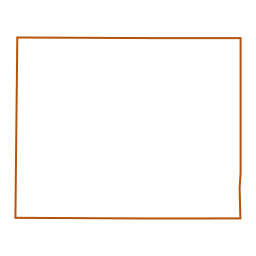 Mitchell, Kansas, United States of America (Albers equal-area conic projection)
{"feature_id": "52423323B46685429540919", "entity_name": "Mitchell", "entity_type": "district", "adm_level": 2, "iso_a3": "USA", "parent_name": "United States of America", "parent_adm1": "Kansas", "projection": "albers", "projection_center": [-98.087, 39.393], "detail": "fine", "context": "isolated", "style": "outline", "palette": "amber", "viewbox_px": 256, "rotation_deg": 0, "n_neighbors": 0, "source": "geoboundaries", "source_scale": "gbopen_adm2", "svg_char_len": 241}
<svg xmlns="http://www.w3.org/2000/svg" viewBox="0 0 256 256"><path d="M240.4,218.4L239.6,188.4L240.6,173.2L240.6,38.1L239.3,38.1L149.3,38.1L17.3,37.5L15.4,217.8L150.4,218.5L240.4,218.4Z" fill="none" stroke="#b45309" stroke-width="2"/></svg>